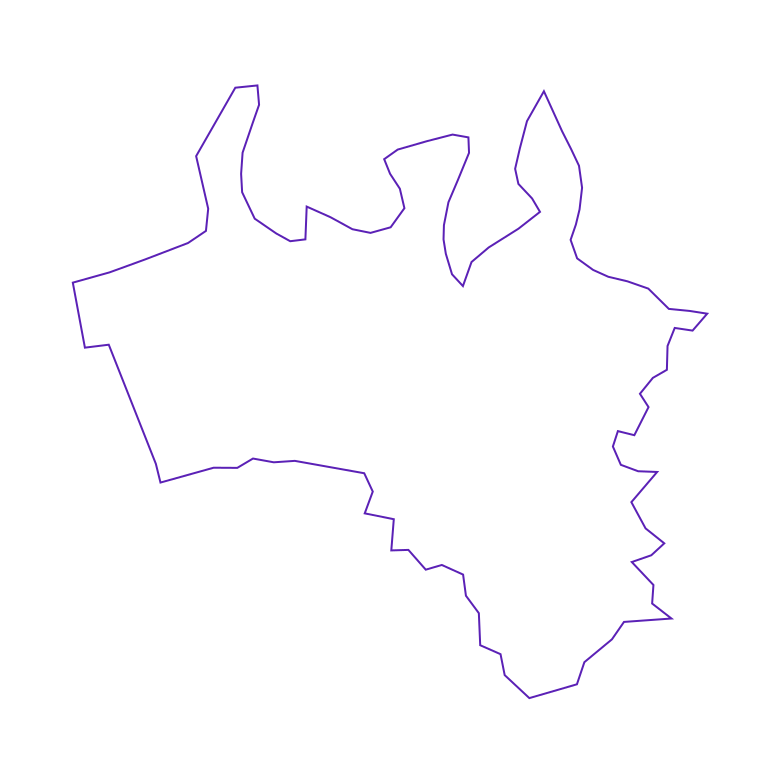 Sagrada Família, Rio Grande do Sul, Brazil (Mercator projection), rotated 274°
{"feature_id": "56859067B13063970392536", "entity_name": "Sagrada Família", "entity_type": "district", "adm_level": 2, "iso_a3": "BRA", "parent_name": "Brazil", "parent_adm1": "Rio Grande do Sul", "projection": "mercator", "projection_center": [-53.123, -27.702], "detail": "fine", "context": "isolated", "style": "outline", "palette": "violet", "viewbox_px": 768, "rotation_deg": 274, "n_neighbors": 0, "source": "geoboundaries", "source_scale": "gbopen_adm2", "svg_char_len": 1530}
<svg xmlns="http://www.w3.org/2000/svg" viewBox="0 0 768 768"><g transform="rotate(274 384 384)"><path d="M270.1,167.9L288.6,219.9L290.1,243.5L300.5,258.5L298.2,279.5L301.1,300.4L293.6,370.5L275.9,380.3L253.6,373.8L249.8,403.2L218.5,402.9L220.2,419.9L201.7,438.6L207.5,454.3L199.4,476.2L178.5,480.5L162.0,494.6L130.1,498.2L122.6,519.1L102.0,524.7L80.8,550.9L97.9,597.4L120.5,603.3L145.2,629.2L163.4,640.0L170.1,687.1L183.7,666.8L202.3,666.8L223.7,643.6L231.8,662.6L244.6,674.7L258.2,655.0L283.4,639.0L315.3,662.6L314.7,643.6L319.9,625.9L337.6,616.7L353.3,620.6L350.4,637.3L379.4,649.5L392.1,640.0L408.9,651.8L417.9,665.2L441.7,664.2L460.2,670.1L458.8,688.1L476.7,701.5L478.2,683.9L478.8,662.9L497.6,641.0L503.4,619.7L506.6,600.3L512.4,584.6L522.8,567.9L540.8,560.1L556.5,564.3L571.8,566.9L593.6,567.9L615.3,563.3L631.5,554.2L648.6,544.0L687.2,523.1L656.2,508.3L628.6,503.1L607.8,499.8L593.0,504.1L579.4,518.8L566.6,527.6L548.3,507.3L527.5,478.9L511.8,462.8L487.2,455.9L498.2,444.2L518.2,436.6L532.4,433.3L546.6,432.7L569.8,435.6L592.7,443.5L620.5,452.7L635.9,451.0L637.6,435.0L629.2,409.8L618.8,381.3L608.3,368.5L594.1,375.4L579.9,386.2L560.8,392.1L540.8,379.7L533.8,360.0L536.2,341.7L546.6,319.1L555.6,294.5L522.8,295.5L519.9,280.5L526.6,266.1L539.9,243.5L565.4,229.1L583.7,226.8L604.9,226.8L635.9,235.0L653.8,239.9L673.0,236.9L669.2,215.0L598.2,180.7L546.6,196.4L524.3,195.7L511.0,178.7L491.5,136.8L476.2,102.4L463.4,66.5L399.4,83.1L404.0,106.7L288.4,162.0L270.1,167.9Z" fill="none" stroke="#5b21b6" stroke-width="2"/></g></svg>